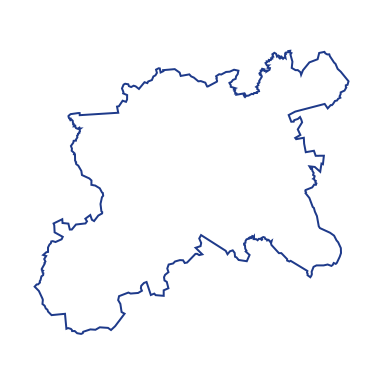 Kalvenes pag., Aizputes, Latvia (Mercator projection), rotated 177°
{"feature_id": "27541924B69386749223105", "entity_name": "Kalvenes pag.", "entity_type": "district", "adm_level": 2, "iso_a3": "LVA", "parent_name": "Latvia", "parent_adm1": "Aizputes", "projection": "mercator", "projection_center": [21.699, 56.611], "detail": "fine", "context": "isolated", "style": "outline", "palette": "blue", "viewbox_px": 384, "rotation_deg": 177, "n_neighbors": 0, "source": "geoboundaries", "source_scale": "gbopen_adm2", "svg_char_len": 5990}
<svg xmlns="http://www.w3.org/2000/svg" viewBox="0 0 384 384"><g transform="rotate(177 192 192)"><path d="M173.0,300.5L177.4,302.3L179.9,302.2L184.2,306.2L186.8,307.5L188.5,309.6L197.2,308.5L198.1,311.9L202.8,315.6L214.4,315.2L214.2,314.2L217.1,313.0L217.7,317.1L218.8,317.3L221.5,316.1L220.8,312.8L222.4,310.4L224.5,309.4L226.2,305.9L229.9,304.7L230.9,303.1L233.7,304.1L239.6,297.7L242.8,300.5L244.7,301.2L247.3,300.0L249.5,301.1L250.0,302.9L253.1,303.6L254.7,302.8L256.5,299.1L255.2,295.2L255.6,294.1L251.7,292.2L252.0,287.8L253.2,285.5L256.5,286.8L260.5,281.5L262.4,281.2L261.5,275.0L300.1,274.6L300.1,276.7L301.4,276.8L309.2,276.1L311.3,274.5L311.4,273.7L310.9,272.1L309.7,271.8L310.1,271.0L309.7,270.1L308.6,270.7L307.4,269.4L307.3,267.1L306.7,266.5L307.1,265.6L305.4,264.6L306.3,263.7L305.2,263.6L304.5,261.9L303.1,261.2L302.0,260.9L302.2,261.5L301.1,262.1L300.9,261.2L300.0,261.2L301.0,260.5L300.7,258.5L301.5,257.6L301.3,257.0L302.8,256.1L302.7,255.2L303.8,254.3L303.6,252.6L305.2,250.3L305.2,249.4L307.5,249.3L308.0,247.4L310.5,244.3L309.6,241.6L310.0,239.5L307.5,237.0L307.9,235.9L306.9,235.7L307.1,229.4L306.2,227.9L306.5,227.6L306.1,225.8L304.2,224.3L301.4,218.8L301.0,214.7L293.8,210.9L291.8,208.8L292.1,204.4L288.3,203.5L283.9,200.5L281.9,196.2L281.1,195.7L280.9,192.9L282.2,191.5L284.0,184.8L283.5,177.5L282.7,176.6L282.9,175.3L286.8,173.4L291.3,168.1L293.4,169.5L294.8,174.3L299.9,170.9L298.4,168.2L300.0,166.2L309.6,165.6L314.0,160.8L316.0,160.9L317.1,166.9L322.9,167.8L323.0,171.6L331.9,167.8L331.3,166.0L331.3,158.9L323.4,154.0L324.7,151.6L330.9,149.2L333.6,150.2L335.1,150.0L335.7,148.1L337.1,147.0L338.7,144.1L338.9,139.7L340.6,139.5L343.9,136.9L341.0,135.7L343.1,132.8L342.0,130.2L343.1,128.8L342.8,128.2L346.1,123.0L346.1,122.1L345.5,121.7L345.6,121.1L345.0,121.0L345.5,120.3L345.4,119.2L344.7,118.7L345.0,116.8L346.8,115.6L347.9,111.9L348.7,110.9L348.6,109.5L350.6,107.8L352.0,107.8L354.1,105.7L350.1,101.2L346.9,93.3L346.6,92.0L347.2,88.0L345.1,86.1L344.1,83.3L342.6,82.1L342.0,80.1L338.7,76.4L325.2,77.0L324.6,62.0L322.9,62.6L320.2,61.7L319.2,60.6L319.0,59.4L316.4,59.3L314.1,57.0L310.2,56.1L308.5,56.7L308.0,58.1L300.7,60.1L295.6,59.5L291.2,61.7L283.0,60.7L280.1,58.4L275.8,62.0L265.7,74.0L268.6,75.8L269.4,84.0L271.4,87.9L270.3,91.8L260.8,94.9L258.6,93.8L251.1,94.0L247.2,96.0L248.1,98.5L247.6,101.0L244.7,103.7L242.1,104.5L238.5,91.3L235.0,92.5L233.7,90.9L225.7,89.8L225.4,95.3L220.6,97.1L221.9,103.6L224.1,105.1L224.4,108.4L223.2,110.7L219.7,113.2L220.7,116.9L219.1,120.8L214.6,121.6L212.6,123.5L207.7,124.6L204.5,124.3L203.0,121.5L200.6,121.8L191.8,130.0L190.2,130.0L188.1,128.6L185.0,129.2L191.3,136.1L186.3,137.5L185.5,140.6L187.2,145.2L185.2,148.5L161.4,131.5L159.8,128.0L157.2,130.8L154.4,131.6L152.6,129.0L152.4,125.1L151.0,124.4L149.0,121.7L140.9,120.0L137.8,126.1L141.5,129.8L140.7,130.5L141.8,132.6L141.9,136.2L142.7,136.5L142.7,137.8L141.3,138.5L141.1,140.3L140.0,141.9L137.6,142.4L137.7,143.1L136.1,143.9L135.2,143.8L135.6,142.9L135.1,142.9L134.1,144.9L133.0,144.5L133.0,143.6L132.4,144.4L132.5,141.7L130.3,141.5L129.0,140.4L127.8,141.7L126.0,141.6L124.9,140.5L124.4,140.9L125.0,142.4L123.2,143.3L121.8,142.8L121.2,141.2L119.7,140.7L119.5,139.7L118.0,140.2L116.5,138.1L115.0,139.1L115.8,136.6L115.4,134.9L108.4,126.4L106.0,126.3L100.5,120.0L100.6,118.6L98.4,117.5L97.1,118.1L80.9,107.1L81.4,105.4L80.8,104.3L81.0,102.9L78.3,100.7L77.2,102.2L76.6,103.7L76.7,106.1L74.5,110.9L71.5,112.2L64.5,111.8L60.3,112.5L56.7,110.9L55.4,111.7L54.2,113.7L52.2,112.7L51.1,113.6L47.8,119.7L46.4,123.2L46.3,128.2L48.7,134.2L50.2,136.1L52.4,141.0L56.3,144.1L66.2,149.3L67.2,151.1L68.5,161.4L70.3,166.0L71.1,169.7L72.2,170.7L75.1,179.9L78.7,184.9L78.1,185.7L78.8,187.1L78.5,188.0L71.7,190.3L69.6,193.0L67.9,192.7L67.3,194.1L68.2,195.0L67.8,196.6L68.8,197.0L69.3,198.5L70.2,198.9L69.3,199.6L68.7,201.4L70.2,202.7L69.5,204.7L70.7,206.8L70.9,209.1L72.0,208.8L73.4,211.5L68.1,210.6L62.9,205.5L61.2,213.6L59.8,212.9L58.4,221.3L66.6,221.7L68.1,226.8L76.3,225.8L77.5,234.4L77.5,240.3L85.2,239.3L86.1,240.6L80.8,243.3L83.1,249.0L78.4,255.8L79.1,258.6L80.2,261.2L82.5,259.4L86.1,258.4L86.8,256.9L89.2,257.0L91.4,263.8L84.7,266.9L54.9,273.0L52.1,268.4L49.0,271.5L47.8,271.4L46.6,272.5L44.5,275.4L42.4,275.8L41.1,277.5L38.9,278.4L39.6,279.9L38.5,281.8L38.3,283.7L34.4,285.3L32.5,288.2L32.9,288.7L32.8,290.5L31.1,290.9L29.9,294.4L37.2,304.4L40.1,307.3L42.0,312.5L43.3,313.8L47.2,320.4L47.7,322.3L49.7,322.3L51.6,323.5L52.4,325.0L57.7,324.2L59.6,318.0L68.0,315.3L74.8,307.8L76.9,303.3L77.4,305.9L80.0,308.2L82.3,308.3L85.9,310.7L84.9,316.9L86.5,324.1L85.5,325.5L87.7,326.4L86.7,326.8L86.5,327.9L88.4,327.7L88.2,326.7L91.3,326.2L91.7,325.4L91.1,324.7L92.0,323.9L91.6,320.9L92.5,321.7L94.1,320.3L95.6,322.6L96.5,322.3L95.6,321.3L97.2,320.7L98.0,321.6L97.0,322.7L98.7,323.8L100.0,322.8L100.8,325.6L102.5,326.7L104.3,325.5L103.9,325.2L104.3,324.0L103.8,322.8L104.8,322.5L104.8,321.2L106.0,321.3L105.8,320.3L106.5,319.6L108.3,319.9L108.3,318.5L110.4,318.6L110.2,317.8L112.6,316.7L111.7,316.8L110.6,314.5L109.0,314.4L109.6,314.0L109.3,313.4L109.9,312.0L107.7,311.6L108.2,310.0L111.3,308.3L111.1,309.3L113.3,309.0L113.6,309.9L113.3,310.7L115.5,311.4L116.0,310.6L115.1,309.9L116.9,309.6L116.5,308.8L118.3,307.1L117.1,306.1L117.9,305.5L116.3,304.2L116.3,303.4L119.2,299.2L118.8,298.2L119.2,297.5L120.6,296.9L120.1,295.2L122.4,293.6L121.2,292.7L121.5,291.5L120.1,290.4L119.8,289.1L122.1,288.4L122.0,287.5L124.8,287.6L125.7,286.5L127.2,286.9L130.5,285.3L133.0,285.1L134.1,284.0L134.4,284.3L133.8,285.1L134.7,285.0L135.2,286.0L133.9,286.9L134.4,287.8L142.6,286.8L142.4,287.8L143.6,288.0L143.2,288.7L144.3,290.3L143.6,291.5L144.9,292.0L144.7,292.8L143.3,293.4L147.8,295.0L147.7,296.7L148.8,298.5L148.9,299.1L147.0,299.7L145.2,301.8L142.5,302.7L141.9,305.2L140.2,307.3L139.3,310.7L143.6,311.9L148.0,310.2L151.7,310.1L156.6,307.8L158.7,308.2L161.9,306.3L161.2,304.6L161.7,304.1L161.1,301.6L161.4,300.9L170.8,296.5L171.4,296.6L173.0,300.5Z" fill="none" stroke="#1e3a8a" stroke-width="2"/></g></svg>